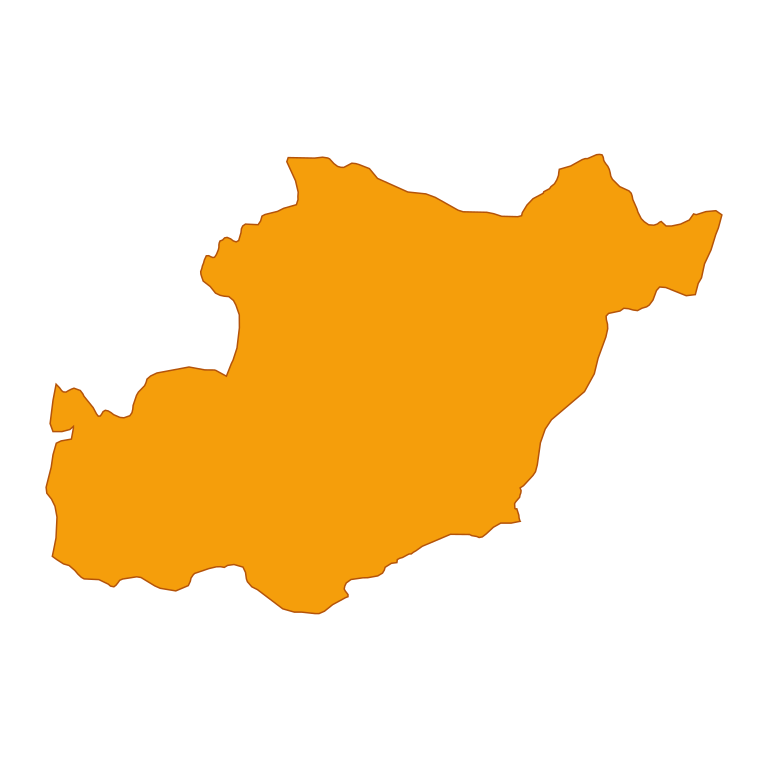 SVG path tracing the border of Beja
{"feature_id": "PRT-743", "entity_name": "Beja", "entity_type": "District", "adm_level": 1, "iso_a3": "PRT", "parent_name": "Portugal", "parent_adm1": "", "projection": "albers", "projection_center": [-7.969, 37.829], "detail": "fine", "context": "isolated", "style": "filled", "palette": "amber", "viewbox_px": 768, "rotation_deg": 0, "n_neighbors": 0, "source": "natural_earth", "source_scale": "10m", "svg_char_len": 3954}
<svg xmlns="http://www.w3.org/2000/svg" viewBox="0 0 768 768"><path d="M720.8,214.1L721.9,214.9L718.4,227.9L715.7,234.7L711.0,250.0L704.5,263.9L701.5,277.8L698.2,283.5L695.3,294.6L686.2,295.7L665.8,287.5L659.6,287.0L656.5,290.5L653.0,300.0L649.3,305.0L646.7,306.8L642.0,308.2L637.5,310.6L633.1,310.0L628.5,308.7L623.8,308.3L620.0,311.0L608.6,313.4L606.1,316.1L606.4,319.8L607.5,324.1L607.7,328.8L605.9,336.9L598.1,358.2L594.3,373.8L584.5,391.6L551.5,419.7L545.2,429.1L540.4,442.8L537.3,464.8L535.5,471.7L533.0,475.4L523.5,485.7L520.1,487.9L521.1,490.7L520.8,493.0L520.0,495.0L519.6,497.3L515.8,501.7L514.6,503.6L514.9,508.4L515.4,508.9L516.8,508.8L518.8,515.1L519.1,518.1L519.9,520.8L520.2,521.3L511.2,523.1L500.7,523.1L493.3,527.3L486.2,533.9L482.3,536.9L479.1,537.5L476.8,536.5L471.7,535.6L469.6,534.5L450.5,534.3L422.2,546.3L415.9,550.8L413.3,552.3L411.3,553.9L409.0,554.0L402.5,557.5L399.6,558.3L397.3,559.6L396.9,562.6L391.4,563.3L385.1,567.3L384.3,570.1L382.5,573.1L377.8,575.9L367.8,577.7L362.9,577.8L351.0,579.5L346.3,582.9L344.8,586.0L344.2,589.0L345.2,590.9L348.0,594.6L348.0,596.7L345.4,597.7L332.7,604.6L324.5,611.2L319.0,613.6L315.2,613.6L301.5,612.1L294.3,612.1L282.7,608.8L257.4,589.6L251.8,586.8L247.4,581.7L246.4,578.9L245.5,572.4L243.0,567.1L234.0,564.5L227.6,565.4L224.3,567.4L220.6,566.7L216.4,566.8L208.8,568.6L194.7,573.4L193.3,574.7L191.0,578.1L190.3,581.3L188.3,585.6L182.2,588.2L175.8,590.9L160.2,588.3L154.8,585.9L141.0,577.5L136.7,576.8L122.7,579.0L119.7,580.3L117.9,582.8L116.0,585.2L113.9,586.8L110.5,586.1L108.4,584.2L98.9,579.6L84.1,578.9L81.3,577.3L77.9,574.1L74.8,570.4L69.1,565.5L63.5,563.9L56.5,559.4L52.3,556.3L53.6,550.2L56.0,538.0L57.0,517.1L55.0,506.3L51.5,499.1L46.8,493.2L46.1,487.3L51.2,467.2L53.0,454.8L56.3,443.2L61.1,440.9L71.4,439.1L73.4,428.2L73.4,426.4L69.9,429.5L61.9,431.6L53.0,431.6L50.1,423.6L53.0,400.4L56.1,384.2L59.5,387.7L61.6,390.6L63.3,391.9L66.0,392.1L68.5,390.6L71.5,389.1L74.0,388.2L80.3,390.5L82.8,393.8L84.0,396.3L93.2,407.7L96.5,413.9L98.3,416.2L100.3,416.0L101.8,413.9L103.1,411.6L105.3,410.3L108.1,410.9L111.0,412.6L113.7,414.7L119.9,417.4L123.9,417.8L129.9,415.7L132.0,412.6L132.8,409.0L133.1,405.5L136.5,395.4L138.4,392.1L144.6,385.7L146.1,382.4L147.0,379.1L150.6,376.0L156.9,373.0L189.0,367.0L204.8,369.9L214.3,370.0L215.8,370.4L226.4,376.2L231.4,363.5L233.0,360.3L237.0,348.0L239.4,327.9L239.3,314.8L235.9,305.1L233.5,300.5L228.8,296.6L224.2,296.2L220.1,295.3L215.5,293.1L210.2,286.5L203.2,281.1L201.6,276.5L200.9,274.1L200.7,271.6L201.8,268.6L202.4,265.9L203.5,263.2L204.4,259.9L206.3,255.8L208.8,255.7L210.7,256.7L212.8,257.5L214.5,257.3L215.9,255.3L216.7,253.8L218.4,249.6L218.9,247.3L218.9,244.9L219.2,243.0L220.0,241.0L222.6,240.0L224.6,237.9L227.1,237.4L230.7,238.9L233.3,240.9L236.2,241.9L238.7,240.5L241.0,232.6L241.4,228.8L242.7,226.0L245.4,224.1L258.1,224.7L260.6,221.0L262.0,216.1L265.0,214.5L277.5,211.4L283.7,208.3L296.4,204.7L298.0,199.6L297.9,196.5L298.2,192.2L295.5,180.7L286.8,161.7L288.2,157.6L314.6,158.1L322.6,157.2L327.8,158.0L329.6,158.9L333.9,163.6L337.6,166.4L340.8,167.3L343.8,167.4L351.8,163.2L355.8,163.6L358.9,164.5L369.4,168.6L377.5,178.4L407.8,192.0L425.9,193.9L435.3,197.4L458.1,210.2L463.2,211.8L486.8,212.3L493.7,213.7L501.7,216.3L517.8,216.7L521.6,215.7L522.3,212.7L527.0,205.0L533.0,198.7L543.2,193.3L543.8,191.7L549.5,188.7L550.9,186.7L554.5,183.8L556.9,179.7L558.5,175.3L558.8,172.3L559.3,169.3L570.7,166.0L582.2,159.6L585.2,158.6L587.5,158.6L596.5,154.7L599.4,154.4L602.0,154.8L603.0,156.7L603.4,158.0L603.7,160.2L604.5,161.8L605.9,163.9L607.8,166.3L609.3,169.4L610.2,172.9L610.8,176.2L612.4,179.3L619.7,186.6L629.0,190.9L631.2,193.2L632.2,196.2L632.8,199.5L636.9,208.8L637.9,212.1L641.2,218.6L644.2,221.7L648.7,224.8L653.9,225.2L657.4,224.0L659.6,222.2L661.2,221.5L666.1,226.0L671.6,226.0L680.6,224.1L689.3,220.0L693.6,213.9L695.6,214.5L696.6,214.6L705.9,211.6L715.9,210.7L720.8,214.1Z" fill="#f59e0b" stroke="#b45309" stroke-width="1.5"/></svg>